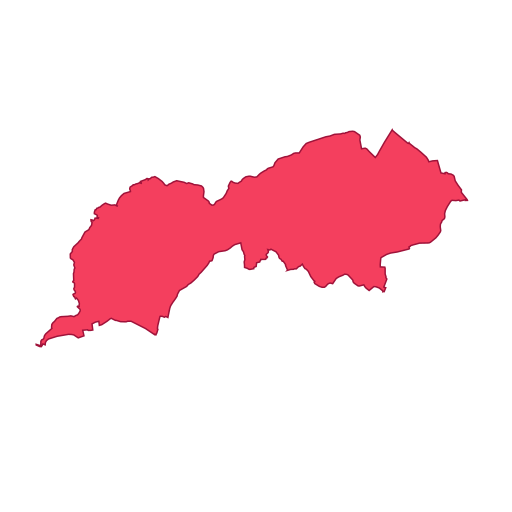 Seica Mica, Sibiu, Romania, rotated 204°
{"feature_id": "2599482B41747805534423", "entity_name": "Seica Mica", "entity_type": "district", "adm_level": 2, "iso_a3": "ROU", "parent_name": "Romania", "parent_adm1": "Sibiu", "projection": "albers", "projection_center": [24.086, 46.046], "detail": "fine", "context": "isolated", "style": "filled", "palette": "rose", "viewbox_px": 512, "rotation_deg": 204, "n_neighbors": 0, "source": "geoboundaries", "source_scale": "gbopen_adm2", "svg_char_len": 6130}
<svg xmlns="http://www.w3.org/2000/svg" viewBox="0 0 512 512"><g transform="rotate(204 256 256)"><path d="M258.4,367.7L261.8,366.2L263.3,365.1L264.8,362.7L267.9,359.6L269.8,358.5L275.2,353.6L276.6,348.9L276.4,345.6L276.8,344.3L280.4,341.2L281.1,340.3L281.4,339.0L283.1,337.0L285.4,333.6L286.2,331.9L287.4,328.6L289.5,327.3L293.5,326.6L294.8,326.1L297.5,324.2L299.0,321.8L299.7,320.2L299.8,318.5L301.2,316.5L302.0,315.0L304.8,314.1L307.1,314.0L308.6,314.4L309.2,314.2L309.6,312.7L309.7,308.6L308.3,306.7L308.8,304.0L308.7,301.0L309.5,296.2L310.0,295.0L310.9,293.7L314.2,289.9L314.6,288.9L314.9,286.5L315.4,285.4L316.9,284.5L319.4,285.0L320.0,285.1L320.7,286.1L321.7,286.8L327.8,288.1L328.4,289.3L329.7,293.6L331.5,296.5L332.6,297.2L334.3,297.8L338.0,297.2L341.8,295.9L343.1,296.1L347.3,295.5L348.6,294.2L349.1,294.0L351.6,294.1L359.1,292.5L361.7,290.0L363.0,288.0L364.9,286.0L365.6,284.3L366.1,284.0L368.3,283.9L369.7,284.8L372.1,285.9L376.7,287.0L380.7,287.4L381.8,286.3L383.3,285.5L384.2,283.5L385.3,282.9L385.2,282.3L385.4,281.7L386.0,282.6L387.1,282.5L388.2,280.7L391.7,277.3L390.4,276.0L390.4,275.7L391.3,275.6L391.9,276.4L392.5,275.2L393.6,274.0L395.0,273.0L396.0,271.7L397.2,271.1L397.3,270.4L399.0,267.8L398.8,266.3L398.5,265.7L397.2,264.4L396.9,263.8L402.0,259.5L403.5,256.4L404.3,253.6L404.5,251.0L404.3,246.3L404.0,245.7L402.5,245.1L405.7,245.3L408.9,243.5L412.7,243.1L414.9,243.1L415.8,242.1L417.3,239.7L418.5,237.1L419.4,236.5L420.1,235.3L420.8,234.9L420.9,234.4L420.9,233.3L421.7,232.8L421.5,230.3L420.9,228.9L418.3,228.8L417.5,228.5L417.0,226.8L415.4,226.9L415.4,226.2L418.4,225.2L418.3,223.6L418.6,222.7L419.0,222.1L420.0,222.3L421.5,222.0L421.1,221.2L420.5,220.4L419.5,220.2L418.7,217.1L419.4,214.4L419.4,212.1L422.0,208.3L422.5,201.9L422.3,200.6L423.6,197.1L423.7,196.2L426.2,190.4L426.4,188.4L426.4,186.9L425.6,185.5L426.5,182.3L424.8,178.7L423.7,178.2L421.9,178.1L419.3,176.4L418.8,173.7L416.6,171.4L416.7,169.9L415.7,167.2L415.6,165.7L412.5,159.4L413.0,158.3L412.8,157.9L412.5,157.6L411.3,157.6L410.6,157.1L409.0,153.5L409.2,152.5L409.1,152.0L408.4,151.1L406.9,150.3L406.1,149.3L406.1,148.2L407.4,146.9L407.5,146.3L405.9,144.8L405.2,144.9L403.5,143.4L402.8,144.6L400.1,143.1L398.1,140.8L397.8,140.3L397.7,139.3L397.1,138.1L398.6,137.5L398.6,137.0L395.0,135.7L394.5,134.9L394.3,134.0L394.6,131.2L395.1,129.6L396.2,128.6L397.6,126.6L400.8,126.0L403.5,124.3L409.2,121.4L410.6,120.4L411.3,119.2L412.3,118.3L412.6,117.7L413.5,114.2L414.3,112.6L414.7,110.5L413.8,107.7L413.0,106.9L416.4,99.4L416.7,98.0L416.8,96.7L416.4,95.0L416.4,94.1L416.7,93.3L417.6,92.3L417.8,91.4L417.8,90.5L416.4,87.2L416.6,86.7L417.3,86.3L420.9,85.9L420.6,85.3L416.8,85.3L415.3,85.8L415.0,87.1L414.9,89.0L412.5,89.1L413.2,91.3L413.0,93.5L411.8,95.8L405.0,101.8L395.4,108.2L392.6,109.3L390.4,109.8L385.1,108.9L380.7,113.1L384.1,117.7L379.8,120.1L379.3,119.8L378.7,119.9L376.8,120.8L375.0,122.0L378.2,127.3L375.8,130.3L373.0,132.4L370.9,128.9L369.0,130.5L365.6,135.7L363.7,139.3L362.9,140.2L358.3,140.0L357.3,140.4L353.1,140.9L348.7,142.7L347.6,143.3L346.7,144.2L343.6,145.6L327.5,144.8L316.6,142.9L316.5,143.4L315.4,143.2L315.3,145.4L315.8,149.1L316.2,149.1L316.6,149.8L317.4,152.3L319.1,161.4L319.0,162.0L318.8,162.1L316.9,162.8L314.8,162.8L314.1,163.9L312.8,164.1L311.5,164.0L313.5,173.1L313.7,175.0L313.7,176.0L313.2,179.6L312.2,184.4L311.8,187.2L312.2,189.1L311.9,193.4L307.0,200.0L306.3,202.4L304.5,204.9L302.7,208.8L301.0,213.2L300.7,214.7L300.7,216.0L299.5,218.8L296.8,227.5L296.3,230.4L296.3,232.4L295.1,233.1L294.3,233.9L294.5,237.0L295.2,239.1L295.1,240.4L294.9,240.9L291.8,244.8L286.3,248.3L284.6,250.0L282.8,252.8L281.6,255.4L280.0,257.8L275.3,261.8L271.3,256.1L269.2,254.8L267.5,252.7L266.4,251.9L266.2,250.8L264.7,248.2L264.4,245.8L262.9,243.2L261.8,240.9L259.1,241.2L256.8,241.0L255.9,241.4L252.9,243.5L253.2,243.9L253.1,245.0L251.6,246.5L252.7,250.1L250.2,252.0L250.3,253.2L250.0,253.8L250.3,254.8L246.1,256.7L245.7,257.4L246.0,257.9L245.2,258.8L245.1,259.8L246.7,260.6L247.2,261.3L247.3,261.7L246.4,263.7L246.3,264.5L246.7,265.4L247.9,266.7L245.8,267.1L245.4,267.9L245.1,268.3L239.5,268.0L235.8,266.0L234.5,264.2L233.5,263.4L231.9,263.2L229.9,261.9L229.0,262.3L225.5,260.2L225.5,259.9L224.9,259.1L221.4,255.9L221.5,255.6L218.8,257.9L216.3,259.1L215.7,259.9L213.9,260.7L212.8,263.6L211.5,264.7L210.4,267.4L208.1,265.6L206.1,264.4L204.7,264.4L201.9,263.2L197.6,259.5L193.6,257.3L192.0,256.8L192.3,255.8L191.0,254.7L185.9,254.0L182.9,254.3L180.8,255.3L180.0,256.5L179.1,259.4L178.0,260.9L177.1,261.5L174.7,261.9L173.6,268.0L171.9,270.6L168.8,273.8L167.6,275.5L165.6,276.1L164.8,276.2L163.7,275.9L158.3,273.6L157.6,273.2L156.8,271.9L155.3,271.1L150.6,270.2L149.4,270.6L145.8,273.5L144.2,272.3L142.3,271.4L138.6,270.5L135.9,276.0L133.9,276.7L130.3,276.9L126.7,275.9L126.0,275.6L125.5,274.9L125.0,275.5L124.4,275.6L124.6,279.8L126.4,279.5L126.6,279.8L127.1,288.2L128.6,289.1L128.8,289.9L130.7,292.1L133.0,297.2L133.8,298.2L138.0,296.6L139.0,298.6L141.0,304.4L141.1,305.4L137.3,310.6L134.3,313.4L128.5,317.2L119.0,324.7L118.9,325.3L119.9,326.4L119.9,326.7L119.1,327.5L118.8,328.5L117.2,329.9L111.8,334.3L104.3,337.8L103.1,338.5L102.2,339.6L99.1,345.7L98.1,349.2L97.4,353.1L97.6,354.4L99.5,357.5L100.2,359.3L100.5,360.5L100.2,362.2L100.4,364.2L99.3,366.2L99.1,367.2L99.4,368.6L100.9,371.4L101.5,374.5L101.3,379.0L100.4,385.2L99.6,386.6L95.9,387.9L93.4,389.6L92.0,389.2L87.6,392.6L87.3,391.9L85.5,392.8L86.1,393.4L94.2,397.6L94.4,397.8L95.2,400.0L100.2,402.8L104.6,405.7L107.4,409.4L108.6,410.0L111.2,410.2L113.9,409.3L114.8,409.8L116.1,409.8L117.2,409.1L116.8,408.0L120.8,407.1L129.1,417.0L133.4,414.7L136.4,412.4L138.0,413.9L140.6,415.6L147.7,417.9L152.6,419.3L155.0,419.5L161.8,421.3L162.3,421.8L162.5,420.9L163.4,420.8L179.6,425.4L182.5,426.3L182.9,426.7L184.9,412.2L185.9,402.1L186.2,398.0L187.1,394.5L195.0,397.4L198.4,398.9L200.1,398.9L203.2,396.9L208.3,404.2L209.1,407.1L210.3,408.5L216.6,409.7L218.4,409.3L221.6,407.5L222.8,406.0L224.3,405.0L224.8,404.1L226.4,403.6L228.4,401.9L233.9,399.0L237.2,395.7L240.7,393.3L253.6,381.6L255.9,379.2L257.3,374.9L258.4,367.7Z" fill="#f43f5e" stroke="#9f1239" stroke-width="1.5"/></g></svg>